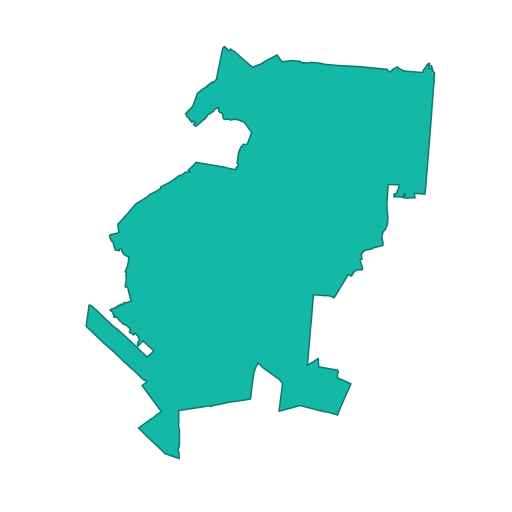 Adamclisi, Constanta, Romania, rotated 6°
{"feature_id": "2599482B83158336135289", "entity_name": "Adamclisi", "entity_type": "district", "adm_level": 2, "iso_a3": "ROU", "parent_name": "Romania", "parent_adm1": "Constanta", "projection": "orthographic", "projection_center": [27.939, 44.112], "detail": "fine", "context": "isolated", "style": "filled", "palette": "teal", "viewbox_px": 512, "rotation_deg": 6, "n_neighbors": 0, "source": "geoboundaries", "source_scale": "gbopen_adm2", "svg_char_len": 6062}
<svg xmlns="http://www.w3.org/2000/svg" viewBox="0 0 512 512"><g transform="rotate(6 256 256)"><path d="M417.6,176.8L417.5,170.7L417.6,169.4L417.3,159.8L415.8,97.7L414.9,71.3L414.9,63.9L414.5,59.9L414.5,55.3L412.9,53.9L410.6,48.4L410.4,48.4L410.3,48.9L410.6,51.6L408.5,51.8L408.4,50.9L408.6,46.5L407.2,46.5L403.0,53.8L402.5,56.1L386.9,56.5L382.5,56.3L381.5,55.5L378.9,54.8L377.4,53.8L376.7,53.1L375.6,54.1L373.3,55.5L372.5,56.1L371.2,57.9L369.5,59.1L366.9,56.7L340.3,56.8L317.4,58.0L304.2,58.2L300.2,57.6L290.3,57.7L287.3,58.7L282.8,58.8L282.1,59.6L281.0,58.3L277.6,57.8L270.2,57.9L268.9,58.4L264.8,59.3L261.7,60.3L255.9,53.9L244.3,61.6L241.0,64.4L239.6,65.2L236.1,66.8L232.7,68.6L223.6,62.4L213.2,54.9L210.6,53.9L209.2,52.8L207.5,54.7L202.9,51.0L201.3,52.6L200.8,56.5L198.5,80.1L198.4,83.0L198.8,83.5L198.7,83.8L198.3,84.1L196.1,87.3L194.4,87.4L189.7,91.8L190.1,92.2L186.1,95.1L180.7,100.2L180.0,103.8L179.6,105.3L179.4,106.5L178.0,111.4L177.8,112.6L177.2,114.0L175.4,116.5L173.8,118.2L172.4,120.0L171.2,122.0L171.7,122.1L172.0,122.6L172.1,123.6L172.7,124.6L174.6,125.7L174.8,126.3L177.7,129.4L178.5,129.6L180.0,128.0L180.9,129.3L181.9,129.7L180.1,131.6L182.3,133.4L182.5,133.4L184.1,132.0L186.8,129.0L191.1,124.6L192.1,123.4L192.8,121.3L194.0,120.0L194.2,119.7L194.9,119.6L198.5,116.6L198.6,116.3L198.6,115.2L198.8,114.9L199.8,114.5L202.9,112.2L203.3,113.0L203.8,115.5L204.8,116.9L205.4,117.2L206.1,117.3L207.5,117.1L209.1,122.8L211.1,123.4L215.1,122.7L216.5,123.5L218.8,122.7L221.2,122.2L226.7,122.9L227.2,123.5L230.1,124.0L233.1,127.4L234.0,128.0L235.0,129.6L238.7,133.2L237.9,136.8L237.8,138.3L236.7,141.2L236.6,142.3L236.1,143.9L235.3,146.1L231.5,146.3L230.8,148.1L229.5,149.3L229.2,150.1L228.5,153.0L228.3,153.8L228.0,154.4L227.7,157.4L227.7,162.5L227.4,165.8L228.7,166.2L229.1,167.0L228.2,169.0L227.5,169.6L227.1,170.3L227.0,172.3L219.1,171.6L215.6,171.0L186.5,169.1L185.0,171.6L179.6,177.8L179.7,178.0L180.3,177.9L181.4,178.6L181.7,179.0L180.8,179.5L178.9,179.9L177.0,180.0L173.1,183.9L171.8,183.7L171.5,183.8L163.2,191.3L154.0,197.3L154.5,198.5L150.4,201.7L146.9,204.2L143.9,205.9L141.2,209.0L131.6,216.4L131.4,216.3L125.8,224.3L123.9,227.2L117.6,235.9L116.4,237.3L115.4,238.8L115.5,239.8L116.0,242.5L117.1,246.5L116.3,247.5L113.6,248.5L109.0,250.0L108.5,250.4L108.3,250.8L108.4,252.0L109.3,253.8L110.3,255.5L111.1,256.5L112.1,256.6L112.8,258.6L114.6,262.9L115.7,264.9L119.6,264.9L119.7,263.5L120.0,262.9L120.8,262.6L121.2,262.7L121.6,263.2L122.3,265.6L124.0,267.7L124.8,268.5L127.1,269.2L127.6,269.8L128.1,270.0L129.6,269.9L129.6,271.1L129.7,273.8L129.4,278.0L129.2,279.5L127.6,285.1L127.7,285.7L127.9,285.9L128.3,286.0L129.0,286.5L128.6,288.4L128.6,288.9L129.3,291.2L129.5,293.7L129.0,299.7L129.2,300.2L129.6,300.6L130.9,300.3L131.6,300.7L132.0,301.5L133.0,304.8L136.6,313.8L134.3,314.9L131.6,316.4L131.3,316.2L130.7,316.0L129.5,316.2L129.2,316.4L129.1,317.7L128.9,317.8L128.3,318.2L128.0,318.3L126.8,318.0L126.5,318.1L126.2,318.9L124.2,319.6L124.7,320.2L121.0,322.2L119.3,323.4L117.5,324.1L116.6,324.8L116.4,325.1L116.6,325.3L118.9,326.5L119.6,327.2L119.9,327.6L120.0,328.8L121.2,329.4L121.4,329.8L120.8,330.9L121.1,331.5L121.4,331.8L123.6,331.4L124.5,331.8L124.8,332.2L125.5,332.7L127.2,334.8L128.4,335.3L129.5,336.2L131.0,337.6L133.3,338.4L134.1,338.2L134.9,338.6L135.1,338.9L136.6,340.2L137.7,340.8L137.9,341.0L138.1,341.8L138.8,342.4L139.1,342.8L138.0,344.6L138.1,344.9L139.1,345.8L139.6,345.9L140.2,345.6L141.1,345.9L141.7,346.2L141.6,346.9L142.5,347.3L143.9,345.6L147.1,347.9L147.5,348.4L147.4,349.5L147.5,349.7L148.5,350.3L148.8,350.7L148.9,351.1L147.3,354.7L147.5,355.4L147.3,356.9L148.1,357.8L149.3,356.5L152.4,352.2L153.1,352.6L153.0,353.0L153.6,353.3L154.0,353.3L164.3,361.1L162.5,363.4L158.2,367.9L155.0,365.3L149.6,361.3L147.3,359.3L144.0,357.0L141.1,354.6L135.4,350.3L125.2,342.9L124.0,342.4L119.1,339.2L118.1,338.2L112.6,334.1L103.3,326.8L99.2,324.0L97.9,323.0L96.3,322.3L95.1,322.4L94.4,343.6L115.7,360.0L116.9,360.7L123.3,365.3L125.6,366.7L126.7,367.8L132.4,372.2L136.1,375.4L138.1,376.5L143.7,380.8L145.8,382.0L149.1,384.7L149.7,384.7L150.0,384.9L150.8,385.9L154.5,389.0L157.9,391.3L158.2,391.2L158.7,390.6L158.9,390.7L160.5,392.6L156.3,396.8L178.1,420.6L173.3,424.8L169.8,428.4L168.8,428.9L157.2,439.4L167.6,447.7L183.7,459.9L185.8,462.0L200.7,465.5L200.1,459.7L199.8,459.0L198.6,458.0L198.5,457.4L198.6,456.9L199.2,456.2L199.1,455.0L199.2,454.1L199.6,453.3L199.4,449.2L198.0,436.6L197.0,434.0L196.5,431.9L196.6,428.5L196.1,425.8L195.3,417.8L207.3,414.6L218.8,411.7L219.3,411.4L221.5,411.0L223.5,410.1L224.5,409.9L224.9,409.9L225.8,410.4L226.8,410.2L229.1,409.2L241.4,405.3L244.1,404.3L258.1,400.9L265.5,398.8L265.6,385.2L266.2,371.6L267.4,366.6L268.0,365.4L268.7,362.5L269.7,363.2L271.2,363.2L273.1,365.3L274.4,366.3L292.2,376.4L295.8,379.8L295.1,407.8L295.3,407.9L304.6,404.3L307.4,403.4L308.8,402.6L315.6,400.1L338.9,403.6L343.9,403.8L353.7,405.6L355.8,397.8L363.8,373.2L354.7,370.1L349.8,368.8L349.2,364.3L350.1,362.8L349.0,360.9L344.1,360.6L342.3,360.6L330.0,359.6L329.3,356.1L328.8,351.8L328.6,351.5L318.6,359.4L317.7,317.0L317.8,316.6L317.2,288.5L327.9,288.3L331.5,287.9L334.7,288.3L337.5,289.3L338.1,289.4L349.7,264.7L351.2,265.2L352.1,266.1L352.7,266.0L352.9,265.7L352.6,265.5L352.5,265.2L353.5,265.0L354.1,264.4L354.5,262.6L354.9,261.9L356.9,259.9L357.8,259.4L359.6,258.9L361.9,258.7L362.8,258.5L363.2,258.3L363.4,257.8L362.5,254.7L360.3,250.5L360.0,249.6L360.2,249.0L361.5,248.3L361.7,247.9L361.7,247.4L361.2,246.3L361.0,245.2L360.8,244.3L360.7,243.4L361.0,242.5L362.5,240.3L363.6,239.4L365.0,238.6L366.9,237.9L370.2,237.0L372.1,235.5L377.7,233.6L380.2,232.6L381.0,232.1L381.2,231.9L381.0,230.6L381.0,229.9L379.3,224.4L379.2,222.4L379.9,218.6L381.7,216.3L383.3,211.8L383.4,210.6L383.3,206.4L383.0,203.1L380.7,191.2L380.0,171.1L390.7,170.3L390.8,172.0L390.6,174.7L389.8,175.9L389.1,179.3L388.3,179.6L387.1,179.7L386.8,182.5L395.8,182.1L396.8,178.6L398.3,178.7L396.8,182.7L400.2,182.7L401.8,182.4L402.6,182.1L408.1,181.4L407.2,178.5L407.1,177.1L417.6,176.8Z" fill="#14b8a6" stroke="#0f766e" stroke-width="1.5"/></g></svg>